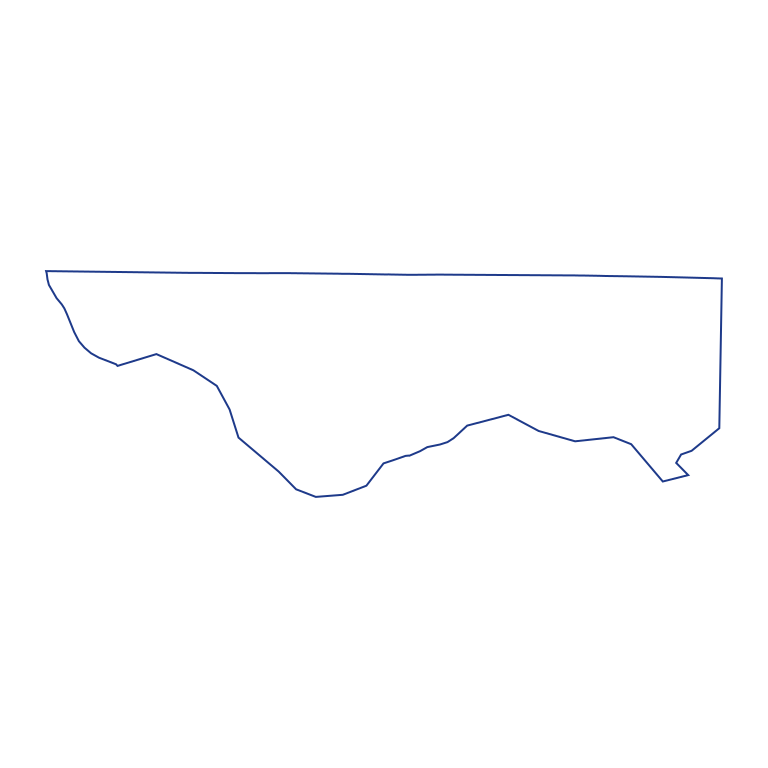 Lauderdale, Alabama, United States of America
{"feature_id": "52423323B76716649378452", "entity_name": "Lauderdale", "entity_type": "district", "adm_level": 2, "iso_a3": "USA", "parent_name": "United States of America", "parent_adm1": "Alabama", "projection": "robinson", "projection_center": [-87.729, 34.87], "detail": "fine", "context": "isolated", "style": "outline", "palette": "blue", "viewbox_px": 768, "rotation_deg": 0, "n_neighbors": 0, "source": "geoboundaries", "source_scale": "gbopen_adm2", "svg_char_len": 1120}
<svg xmlns="http://www.w3.org/2000/svg" viewBox="0 0 768 768"><path d="M117.5,365.9L156.4,354.1L193.4,370.3L216.8,385.9L229.6,409.5L238.5,437.6L278.7,471.6L296.1,489.3L315.8,496.9L342.8,494.8L366.4,485.7L383.5,463.4L392.6,460.4L405.5,455.9L408.4,455.6L409.4,455.7L420.0,451.2L427.3,447.1L440.0,444.5L447.5,442.1L453.7,438.1L467.2,425.6L508.4,414.8L538.7,431.0L575.1,441.3L613.5,437.2L631.2,444.2L662.8,481.5L688.2,475.1L676.2,462.9L681.1,454.5L691.6,450.8L719.3,428.2L721.9,278.5L717.9,278.4L712.9,278.2L708.4,278.1L681.6,277.4L661.7,276.9L627.6,276.3L620.7,276.2L605.9,276.0L598.9,275.8L581.2,275.5L578.3,275.5L573.5,275.4L567.8,275.4L452.6,274.7L439.7,274.6L413.1,274.8L408.1,274.8L390.8,274.5L388.3,274.4L387.1,274.5L382.2,274.4L348.6,273.8L342.6,273.8L338.5,273.7L285.2,273.1L284.2,273.1L271.1,273.1L267.6,273.2L267.4,273.2L234.1,273.1L202.4,272.9L194.6,272.9L184.3,272.8L46.1,271.1L46.7,273.3L47.5,279.5L48.0,281.3L48.9,284.9L56.6,298.2L61.7,304.3L64.3,308.3L67.0,314.3L74.2,332.1L78.9,341.2L84.5,347.7L89.1,351.6L91.1,353.3L99.0,357.7L116.1,364.3L117.5,365.9Z" fill="none" stroke="#1e3a8a" stroke-width="2"/></svg>